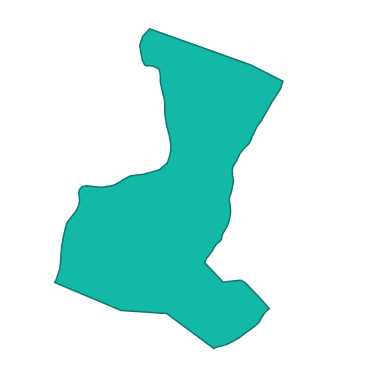 outline of Augier, Laborie, Saint Lucia, rotated 18°
{"feature_id": "8701671B53372431800849", "entity_name": "Augier", "entity_type": "district", "adm_level": 2, "iso_a3": "LCA", "parent_name": "Saint Lucia", "parent_adm1": "Laborie", "projection": "albers", "projection_center": [-60.98, 13.767], "detail": "fine", "context": "isolated", "style": "filled", "palette": "teal", "viewbox_px": 384, "rotation_deg": 18, "n_neighbors": 0, "source": "geoboundaries", "source_scale": "gbopen_adm2", "svg_char_len": 3127}
<svg xmlns="http://www.w3.org/2000/svg" viewBox="0 0 384 384"><g transform="rotate(18 192 192)"><path d="M208.4,53.0L101.3,49.9L100.9,50.8L99.6,53.5L98.4,56.1L97.0,59.4L97.0,68.7L103.8,81.8L106.3,84.3L107.6,85.7L109.6,86.1L110.9,85.8L111.7,85.2L116.3,84.3L117.8,84.6L118.1,84.6L121.2,85.1L122.9,85.5L123.5,86.6L123.8,86.9L126.0,91.2L127.5,95.9L127.9,97.1L129.1,99.4L137.4,113.0L138.4,115.6L138.9,116.8L139.4,118.4L142.3,126.7L146.6,135.2L147.4,136.6L150.2,141.0L151.0,142.5L152.1,143.8L153.6,146.5L154.0,147.4L155.9,150.6L157.1,153.4L158.6,157.7L158.8,158.7L159.0,159.2L159.0,160.1L159.4,162.2L159.4,163.1L159.6,164.9L159.6,168.9L159.6,169.9L159.5,172.0L159.5,172.4L158.1,174.4L155.5,178.5L154.6,180.1L154.3,180.4L153.8,181.2L147.7,185.2L145.8,186.8L144.6,187.3L140.0,190.3L139.1,190.7L138.8,190.9L136.7,192.0L135.3,192.5L134.1,192.9L132.9,193.5L132.2,194.0L130.7,194.6L129.8,195.0L127.4,196.6L127.0,197.0L126.3,197.9L125.6,198.5L122.2,202.1L121.8,202.8L120.9,204.1L119.8,205.3L118.0,207.0L116.2,209.2L115.9,209.4L115.6,209.6L114.0,210.5L112.1,211.7L111.0,212.3L110.0,212.7L106.7,214.4L106.3,214.6L106.0,215.0L102.1,216.0L100.2,216.5L99.1,216.7L97.1,217.3L93.2,217.9L90.7,218.4L89.2,218.9L85.9,220.9L84.7,223.2L84.3,225.2L84.3,226.2L84.5,227.7L87.8,234.7L87.9,236.6L88.4,238.8L88.3,240.6L88.2,241.9L88.2,243.1L87.5,245.6L87.3,246.6L86.6,248.5L86.1,249.9L83.5,257.1L82.5,260.4L82.7,263.2L82.7,264.6L83.3,272.5L84.8,283.5L85.2,285.4L89.2,301.8L89.3,302.3L89.7,303.7L89.9,305.5L90.1,306.8L89.9,317.1L89.4,320.5L161.2,326.6L205.3,315.4L208.5,316.4L209.3,316.7L261.1,334.1L262.7,332.5L264.2,331.5L265.7,330.5L267.6,329.4L269.2,328.3L269.9,327.6L271.3,326.8L273.4,325.0L276.1,322.3L278.1,320.3L280.8,317.2L281.9,316.1L283.0,314.5L285.3,311.0L287.2,308.4L289.7,305.2L291.6,302.5L293.2,300.1L295.0,297.2L295.8,295.5L296.3,293.9L296.9,290.2L297.2,288.6L298.4,285.1L300.0,281.5L300.6,280.5L301.5,279.0L288.0,271.1L270.1,261.6L265.7,260.8L262.9,262.0L253.1,266.4L249.7,268.2L225.9,255.3L226.0,255.0L226.1,253.2L226.1,252.4L226.3,251.2L226.5,250.2L226.9,249.1L227.5,247.5L227.8,246.8L228.2,245.6L228.5,244.7L229.1,243.0L229.5,241.6L229.8,240.2L230.0,239.3L230.5,237.1L230.9,235.3L231.5,233.6L232.7,231.8L233.9,230.1L234.6,228.1L234.4,226.6L234.1,225.3L234.1,222.7L234.3,221.4L235.0,218.3L235.6,215.8L235.9,213.5L236.1,212.3L236.2,210.6L236.2,209.3L236.0,207.0L235.9,204.9L235.7,203.7L235.4,201.7L235.1,199.9L234.5,198.0L233.8,196.3L233.2,194.9L232.5,193.1L231.8,191.5L231.1,190.4L229.9,188.2L229.5,187.1L229.3,185.4L229.3,184.2L229.4,182.4L229.4,180.9L229.4,179.4L229.2,177.1L228.9,175.1L228.6,172.3L228.4,170.7L228.1,169.1L227.7,167.9L227.1,166.7L226.0,165.0L225.4,163.6L224.8,161.9L224.2,160.4L223.6,158.9L223.4,157.2L223.2,155.5L223.4,153.8L223.7,152.5L224.2,150.8L224.6,149.3L225.0,147.0L225.1,145.2L225.4,143.1L225.6,141.8L225.9,140.4L226.3,139.1L226.8,137.5L227.4,136.0L228.1,134.3L229.0,132.5L230.0,130.8L230.9,129.0L231.3,127.8L231.9,125.0L232.0,124.2L232.1,123.4L232.1,123.1L232.0,122.1L233.5,110.0L235.9,102.9L240.3,81.3L244.2,66.7L244.2,58.6L209.5,53.1L208.4,53.0Z" fill="#14b8a6" stroke="#0f766e" stroke-width="1.5"/></g></svg>